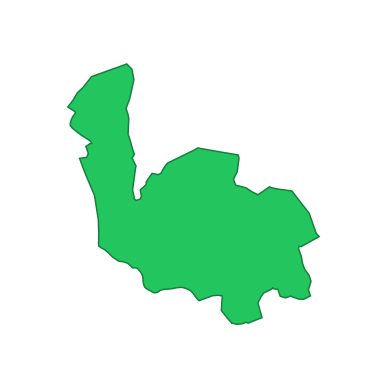 outline of As Saddah, Ibb, Yemen, rotated 71°
{"feature_id": "15242507B85155495853150", "entity_name": "As Saddah", "entity_type": "district", "adm_level": 2, "iso_a3": "YEM", "parent_name": "Yemen", "parent_adm1": "Ibb", "projection": "orthographic", "projection_center": [44.391, 14.166], "detail": "fine", "context": "isolated", "style": "filled", "palette": "green", "viewbox_px": 384, "rotation_deg": 71, "n_neighbors": 0, "source": "geoboundaries", "source_scale": "gbopen_adm2", "svg_char_len": 4617}
<svg xmlns="http://www.w3.org/2000/svg" viewBox="0 0 384 384"><g transform="rotate(71 192 192)"><path d="M49.7,212.0L49.8,215.4L49.9,222.6L49.9,226.6L49.9,228.0L50.0,232.6L50.0,232.9L50.0,235.1L50.0,236.0L50.1,238.3L50.1,241.5L50.1,243.2L50.2,243.9L50.2,244.3L50.2,245.1L50.2,246.5L50.2,249.3L55.2,257.1L56.6,259.3L57.6,260.8L58.5,262.9L59.7,265.5L61.0,268.2L62.1,269.4L63.4,271.0L65.4,273.3L66.9,275.2L70.5,280.7L71.1,281.7L72.5,280.7L73.1,280.4L75.9,277.9L77.1,277.1L78.0,276.5L78.3,276.4L79.0,276.2L81.8,280.0L84.0,282.3L84.8,282.9L86.7,284.3L88.4,285.1L89.9,285.4L91.1,284.9L92.4,284.5L95.8,282.4L98.7,280.6L101.5,278.6L101.9,278.5L109.9,272.1L111.3,271.2L113.5,271.0L113.1,272.9L114.4,277.5L115.7,277.5L118.4,277.5L121.8,277.5L123.8,279.2L125.0,280.6L124.3,283.4L123.6,287.4L128.8,287.2L129.8,287.2L134.2,287.1L141.9,286.8L144.4,286.6L147.6,286.4L163.3,285.3L170.3,286.5L187.2,289.5L190.1,290.3L193.2,291.3L201.7,293.9L211.1,297.4L213.1,297.7L215.1,296.1L217.4,293.9L219.5,292.4L221.6,291.3L223.4,290.4L227.9,288.1L233.2,284.1L233.6,283.5L234.3,282.4L234.7,281.5L234.8,281.4L235.0,280.9L235.6,279.9L235.7,279.6L236.6,278.4L237.4,277.2L238.3,276.3L238.4,276.2L239.4,275.5L240.3,275.0L240.8,274.7L241.9,273.9L242.0,273.9L243.2,273.5L244.4,272.9L244.9,271.7L245.2,270.2L245.9,269.1L247.1,268.2L248.4,267.8L249.5,267.3L250.1,267.0L250.7,266.8L250.9,266.7L252.1,266.4L253.4,266.2L254.4,266.1L254.5,266.1L254.8,266.1L256.2,266.2L257.5,266.5L258.8,266.8L260.1,267.2L261.0,267.4L261.4,267.5L262.7,267.7L264.0,267.8L265.3,267.8L266.5,267.6L266.9,267.5L267.7,267.1L268.2,266.9L268.8,266.2L270.1,265.3L271.0,264.3L272.0,263.4L273.2,262.4L274.1,261.7L274.9,260.8L275.0,260.3L275.2,259.8L275.3,259.5L275.6,258.1L275.6,256.7L275.3,256.1L275.1,255.4L274.7,254.1L274.7,253.7L274.7,252.8L274.8,251.4L275.0,250.1L275.0,249.9L275.3,248.6L275.6,247.4L276.1,246.1L276.4,244.8L276.7,243.4L277.0,241.9L277.2,240.5L277.3,239.1L277.6,237.5L277.9,236.1L278.3,234.6L278.6,233.2L279.4,231.9L279.4,231.7L280.1,230.7L280.9,229.7L281.7,228.6L282.6,227.6L283.5,226.7L284.5,225.8L285.7,225.1L286.8,224.5L288.0,224.0L289.2,223.6L290.5,223.2L291.7,222.9L292.9,222.5L294.3,222.1L295.5,221.6L296.9,220.8L297.0,220.7L296.8,206.0L298.2,200.6L300.1,197.3L301.0,197.6L313.7,202.9L314.3,202.6L315.7,202.1L317.1,201.6L318.5,201.1L319.8,200.7L321.5,200.1L322.0,199.9L322.9,199.6L324.5,198.9L325.9,198.4L327.1,197.8L328.3,197.2L328.6,197.0L329.0,197.1L331.1,193.5L331.9,192.1L332.4,189.8L332.9,187.3L332.9,185.0L332.9,183.9L333.0,183.0L333.5,182.3L334.3,181.6L334.1,178.2L334.0,176.0L333.8,171.4L333.6,166.7L321.6,166.0L318.3,165.8L314.7,162.1L314.1,161.6L310.9,157.3L310.8,156.3L310.8,156.1L310.7,155.5L310.4,153.2L309.9,148.9L309.0,146.9L309.9,146.7L311.9,142.7L312.0,142.5L312.4,142.5L313.1,142.5L319.3,142.5L320.9,140.3L321.4,139.6L322.5,138.2L322.5,137.8L322.5,132.9L327.1,127.2L327.7,126.5L327.9,126.1L329.0,123.3L329.8,121.2L329.5,119.2L329.3,117.5L329.2,116.8L328.8,113.8L327.4,113.8L323.0,113.8L322.4,113.8L319.4,111.6L317.8,110.5L317.3,110.1L315.3,108.7L315.0,108.5L312.7,108.5L308.7,108.5L307.9,108.8L307.7,108.8L303.7,110.0L301.3,110.7L300.5,110.7L299.6,110.7L295.0,110.7L292.6,110.3L288.7,109.6L280.2,109.7L278.2,108.5L279.2,106.5L278.3,101.5L277.4,96.5L277.0,94.5L276.4,90.9L276.0,88.4L275.5,86.3L271.5,88.0L261.1,88.1L260.6,88.1L259.5,88.1L250.5,88.1L242.0,91.0L230.8,94.8L223.5,97.2L222.3,99.6L217.5,109.3L217.1,110.0L213.0,116.9L212.3,116.9L214.5,124.5L216.1,130.5L214.4,132.1L211.6,135.0L210.2,136.1L205.6,139.6L200.5,147.3L199.7,148.5L193.6,148.7L193.2,148.3L187.6,142.7L175.5,136.6L172.0,136.2L170.9,138.3L163.5,151.9L163.2,152.4L152.4,172.0L152.2,172.4L152.6,174.1L152.9,175.0L153.0,176.0L153.7,181.7L154.1,184.7L154.1,185.1L154.6,188.5L156.6,205.1L156.7,205.4L156.7,205.8L157.7,207.3L158.6,208.6L159.1,209.4L159.3,209.7L160.3,210.9L161.9,212.9L164.1,215.2L164.4,215.4L164.4,218.6L162.7,221.5L161.4,223.7L164.8,228.4L167.6,232.1L168.5,232.3L169.7,232.8L170.4,233.5L172.2,238.0L173.1,240.0L174.1,240.5L178.9,241.1L179.2,241.1L180.6,242.2L181.8,243.1L181.8,245.5L181.8,247.6L179.9,248.8L176.7,248.2L171.9,247.7L170.9,247.6L170.1,247.2L156.8,240.5L156.3,240.3L156.1,240.2L151.9,238.0L149.1,236.5L145.4,237.0L141.0,237.4L140.2,237.4L139.6,236.4L138.3,235.0L137.6,234.2L134.0,234.2L131.2,234.2L122.9,233.6L116.5,233.6L115.8,233.3L115.4,233.1L115.2,233.1L108.1,230.3L103.6,228.5L101.8,227.8L98.7,227.4L96.7,227.2L91.6,227.2L89.2,225.2L87.8,224.0L87.2,223.6L84.7,221.5L83.9,220.8L79.2,217.9L74.8,215.2L74.1,214.8L68.9,211.6L67.4,210.7L66.8,210.4L60.4,209.4L56.2,208.9L49.7,212.0Z" fill="#22c55e" stroke="#15803d" stroke-width="1.5"/></g></svg>